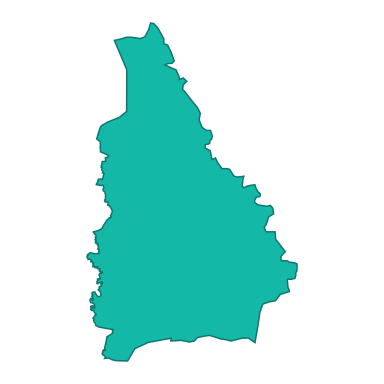 Izzi, Ebonyi, Nigeria (Mercator projection)
{"feature_id": "59680162B3302114520233", "entity_name": "Izzi", "entity_type": "district", "adm_level": 2, "iso_a3": "NGA", "parent_name": "Nigeria", "parent_adm1": "Ebonyi", "projection": "mercator", "projection_center": [8.192, 6.539], "detail": "fine", "context": "isolated", "style": "filled", "palette": "teal", "viewbox_px": 384, "rotation_deg": 0, "n_neighbors": 0, "source": "geoboundaries", "source_scale": "gbopen_adm2", "svg_char_len": 5819}
<svg xmlns="http://www.w3.org/2000/svg" viewBox="0 0 384 384"><path d="M255.0,342.6L257.8,326.5L259.9,312.1L262.8,304.1L269.5,301.8L275.4,300.8L280.3,294.4L289.4,291.5L288.8,289.1L287.9,287.2L287.6,282.9L287.2,280.1L287.8,279.1L291.3,279.3L294.9,278.3L295.8,275.6L295.8,272.7L297.0,270.6L297.0,263.9L294.0,262.7L288.8,262.1L287.6,260.9L281.2,260.6L280.9,256.5L283.2,253.9L285.3,251.8L280.0,244.8L275.6,239.2L275.1,231.8L266.0,231.8L264.2,227.1L266.0,224.8L267.5,221.0L268.3,217.1L273.6,213.9L273.3,210.7L272.7,208.0L270.4,205.4L266.9,206.3L257.8,204.8L254.6,202.4L254.6,200.4L256.4,197.1L259.9,196.6L260.4,193.9L258.1,191.9L256.1,188.6L254.9,184.8L252.0,185.1L247.3,186.0L244.4,187.7L242.0,186.3L242.6,183.0L242.9,179.2L243.8,176.3L237.1,177.1L233.9,176.0L229.5,169.2L226.3,168.6L221.9,168.6L217.5,162.4L215.5,158.0L212.0,159.5L210.2,150.7L205.2,148.0L205.2,144.8L209.6,143.6L209.9,140.7L211.7,138.9L212.3,136.0L210.5,130.4L206.1,130.4L202.0,127.2L199.1,119.8L200.3,113.3L197.4,107.5L192.6,101.7L185.7,92.8L182.5,89.2L183.3,84.8L186.8,81.3L183.3,78.0L179.2,79.5L179.2,77.2L176.0,69.8L171.1,67.8L164.9,64.8L167.8,63.6L172.0,63.3L174.3,61.0L171.1,52.2L167.6,45.1L163.8,43.6L163.8,38.9L157.9,28.0L153.8,23.6L150.6,23.0L148.6,29.8L144.8,36.9L140.1,38.6L131.3,37.2L126.4,37.2L121.4,38.9L114.4,40.4L126.8,69.8L126.6,111.5L119.4,117.3L107.2,122.3L101.7,125.5L100.1,127.7L96.7,138.9L97.9,140.0L100.5,141.8L100.2,143.4L100.4,145.5L100.1,147.2L100.5,150.1L100.4,151.1L100.5,151.8L108.5,155.4L108.1,156.9L106.1,157.7L105.4,157.6L105.5,159.2L105.4,160.8L105.6,161.2L105.1,161.5L102.2,161.5L101.7,164.8L101.7,165.7L101.2,165.8L101.2,167.3L102.0,167.4L101.8,169.8L102.2,170.3L102.7,171.6L102.5,173.0L103.4,173.1L104.1,173.4L102.3,179.5L100.6,179.0L98.4,179.2L97.3,182.3L97.4,183.2L97.2,183.5L96.5,183.8L96.3,184.7L97.8,184.9L98.4,184.8L98.9,185.1L99.6,185.4L100.0,185.3L101.3,185.6L102.7,185.3L103.2,185.4L103.6,186.4L103.8,188.1L103.5,188.4L103.4,188.7L103.1,188.9L103.1,189.6L103.0,189.9L103.2,190.3L103.3,190.8L104.6,191.7L105.0,192.5L105.4,194.6L105.7,195.5L105.4,196.5L105.5,198.7L105.1,199.5L105.5,199.7L105.3,200.4L104.8,200.3L105.0,201.9L108.2,202.1L107.8,205.2L109.5,206.0L110.2,207.0L112.0,210.0L112.3,211.9L110.6,215.8L110.8,216.3L110.7,216.8L111.1,217.1L110.5,217.6L109.3,217.7L109.5,218.5L108.7,218.7L106.9,220.0L103.7,225.2L102.1,228.2L101.6,228.7L99.9,229.7L97.5,230.8L95.0,231.5L93.4,231.8L93.3,232.0L93.8,232.6L94.3,232.4L94.5,232.9L94.2,233.3L94.4,233.8L94.9,233.7L95.4,234.8L95.7,234.8L96.0,235.9L95.9,237.3L95.4,237.2L95.4,237.6L95.6,238.1L95.9,238.1L96.1,238.6L95.6,238.8L95.6,239.4L95.1,239.7L95.3,240.0L95.7,240.2L95.8,240.6L96.2,240.8L95.9,241.4L95.5,241.5L95.5,241.8L95.8,241.7L95.7,242.2L96.0,242.1L96.0,242.3L95.6,242.5L95.7,242.9L96.1,243.1L96.6,242.9L96.7,243.1L96.3,243.3L96.4,243.7L97.2,243.1L97.6,243.8L97.8,243.7L98.4,244.6L98.3,245.0L97.8,245.4L97.9,245.6L98.2,245.5L98.4,247.0L97.8,249.1L99.2,249.6L99.3,250.5L98.9,250.4L98.9,251.0L98.5,251.9L99.2,252.7L99.0,253.5L94.8,253.7L90.4,252.8L89.5,253.0L88.6,254.0L87.7,254.5L87.9,255.3L87.3,255.4L87.0,257.6L88.0,258.6L88.1,259.5L90.5,259.1L91.2,260.1L90.7,261.1L90.8,261.9L90.9,262.0L91.2,261.9L91.6,261.0L91.8,261.0L92.3,261.9L92.8,262.1L93.0,263.0L92.8,263.5L92.9,263.8L93.5,263.8L93.7,264.0L93.3,264.5L92.7,266.5L92.8,266.8L93.0,266.8L93.5,266.3L93.8,266.4L93.9,266.8L94.9,266.6L95.0,266.7L94.9,267.4L95.0,267.7L95.6,267.6L96.0,267.0L96.4,266.8L97.1,266.9L97.5,266.7L97.9,266.8L97.8,267.2L97.4,267.6L96.9,267.6L96.8,267.8L97.0,268.1L98.3,269.0L99.4,269.1L100.1,269.0L100.0,270.2L99.3,270.9L100.0,271.5L100.3,271.6L100.5,272.1L100.9,272.5L102.2,271.8L102.5,272.3L102.3,273.2L102.0,273.3L101.2,273.2L100.2,273.5L99.6,273.5L99.4,274.0L99.4,274.7L99.1,275.0L100.4,278.9L98.0,278.8L97.5,279.0L97.5,279.3L98.1,280.3L97.9,280.6L97.2,280.9L97.0,281.5L97.1,283.2L96.9,283.4L97.1,283.7L97.9,283.7L98.5,282.7L98.7,282.8L101.0,282.0L101.7,281.9L102.2,282.0L102.6,282.6L102.4,282.9L102.0,282.9L101.7,282.7L101.3,282.7L100.7,283.1L100.7,283.4L101.1,283.7L101.7,283.6L102.0,283.8L102.0,284.2L101.1,284.5L100.9,284.9L101.3,285.6L100.7,286.4L99.5,286.6L99.1,287.8L99.2,288.0L99.5,288.3L99.6,288.6L99.2,289.2L98.4,289.4L98.3,289.9L98.4,290.1L98.9,290.5L99.2,291.0L99.4,291.2L100.0,291.2L100.2,291.4L100.8,293.0L101.0,295.1L100.2,296.3L99.2,296.6L98.2,296.4L96.9,295.7L95.9,293.9L95.3,293.4L95.1,292.9L95.1,292.1L94.7,292.0L92.9,292.0L92.3,292.5L92.0,293.0L92.0,293.8L92.4,294.7L92.8,295.2L92.8,295.9L92.5,296.0L91.9,296.0L91.9,296.6L92.2,296.8L92.7,298.4L93.6,299.6L92.9,300.3L92.5,300.2L91.6,298.7L91.2,298.4L90.8,298.5L90.4,298.7L90.0,300.6L90.0,301.0L90.6,302.0L90.8,302.6L92.3,302.9L93.7,303.6L94.4,304.7L94.8,306.1L94.9,307.4L94.2,308.1L93.1,308.2L92.8,307.9L92.8,307.5L93.8,307.4L94.2,307.1L94.2,306.4L93.9,306.2L92.2,305.8L91.3,306.1L90.7,306.5L90.9,308.3L90.7,309.3L91.1,309.9L91.6,310.4L92.7,310.5L93.3,310.2L93.8,310.5L94.1,311.9L94.7,312.5L95.1,313.1L95.6,313.3L95.8,313.7L95.5,314.2L95.7,314.5L96.0,314.6L96.1,314.8L95.6,315.3L95.1,315.1L94.8,316.1L93.9,317.0L93.3,317.8L93.0,318.5L93.5,318.7L94.0,319.3L93.6,320.2L94.1,321.9L95.1,323.0L95.9,325.4L99.0,327.1L113.1,329.6L112.5,330.2L112.4,330.9L113.0,332.2L112.4,332.4L112.4,333.5L106.9,336.8L106.4,340.4L105.9,342.4L104.7,347.9L104.8,349.0L105.3,349.5L105.3,350.1L104.3,350.4L103.5,349.9L103.1,350.3L103.3,350.6L103.1,350.8L103.4,351.3L102.7,351.8L103.0,352.3L102.9,352.7L102.3,353.2L102.1,353.9L102.7,354.9L104.4,355.6L105.1,356.5L105.4,357.1L104.7,358.4L105.4,358.3L108.9,358.0L110.8,359.1L112.1,359.7L114.4,360.3L116.5,360.7L127.6,361.0L134.9,348.6L148.3,342.4L171.2,338.2L170.8,341.0L181.2,340.4L189.3,342.0L194.2,341.1L197.4,337.6L203.9,336.2L209.4,335.4L215.9,337.3L220.5,338.9L226.0,339.7L230.9,341.0L242.0,338.2L248.3,338.0L255.0,342.6Z" fill="#14b8a6" stroke="#0f766e" stroke-width="1.5"/></svg>